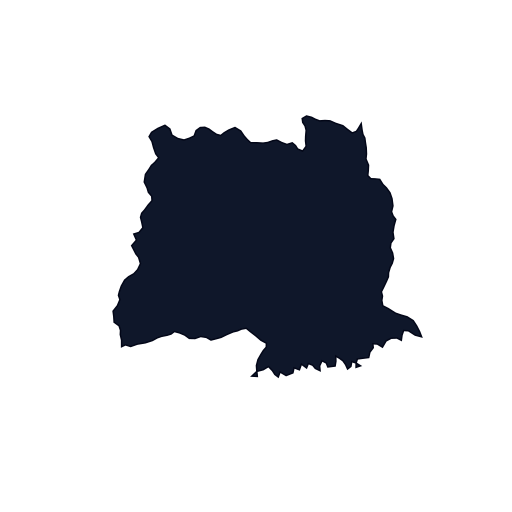 Serra da Saudade, Minas Gerais, Brazil, rotated 235°
{"feature_id": "56859067B39993306485596", "entity_name": "Serra da Saudade", "entity_type": "district", "adm_level": 2, "iso_a3": "BRA", "parent_name": "Brazil", "parent_adm1": "Minas Gerais", "projection": "albers", "projection_center": [-45.786, -19.377], "detail": "fine", "context": "isolated", "style": "filled", "palette": "ink", "viewbox_px": 512, "rotation_deg": 235, "n_neighbors": 0, "source": "geoboundaries", "source_scale": "gbopen_adm2", "svg_char_len": 2975}
<svg xmlns="http://www.w3.org/2000/svg" viewBox="0 0 512 512"><g transform="rotate(235 256 256)"><path d="M344.1,168.5L337.6,167.2L335.8,160.1L326.5,158.8L322.3,159.1L316.0,157.0L312.7,151.2L311.5,145.7L312.1,139.9L311.6,134.6L308.6,128.4L305.2,123.7L302.7,120.8L298.3,119.5L294.8,114.0L292.8,107.3L288.0,104.8L283.1,101.8L277.4,103.8L272.8,102.4L269.5,99.8L264.1,97.6L258.8,93.9L258.1,98.1L253.8,101.4L251.9,108.2L248.4,115.5L246.2,122.6L245.6,128.2L244.4,132.5L242.1,137.7L240.8,141.7L241.0,145.8L237.0,149.2L232.1,152.3L226.8,154.1L223.4,158.7L221.8,164.5L217.8,168.7L213.0,170.9L210.9,176.5L209.4,180.7L208.4,187.1L207.0,193.7L205.3,198.0L204.5,202.1L202.4,206.6L197.6,207.9L190.9,210.0L184.2,211.7L178.6,214.5L175.4,212.1L174.4,207.9L172.7,203.9L170.0,198.2L166.0,193.5L161.0,190.5L158.7,196.7L158.3,202.8L152.6,203.7L148.2,203.5L144.1,204.8L147.2,209.2L140.8,212.1L139.1,219.2L142.6,223.0L137.9,226.3L141.4,231.2L135.3,233.2L137.9,237.2L134.0,239.8L129.9,240.1L125.3,242.7L129.5,245.1L132.3,250.0L128.0,252.2L123.9,251.2L120.5,257.7L124.0,261.1L128.3,263.9L124.4,265.7L120.3,267.1L115.7,267.1L110.9,266.2L111.1,270.4L114.6,273.9L110.9,276.6L113.5,280.0L110.7,285.4L108.2,290.1L111.9,294.1L113.6,299.4L117.1,301.4L114.3,304.9L108.8,307.3L111.8,313.8L111.1,319.6L108.0,324.4L103.6,326.7L107.4,330.2L110.3,334.2L107.3,338.0L99.9,341.0L94.8,345.3L100.1,346.6L106.6,347.5L112.8,347.7L119.5,344.9L124.7,340.7L129.1,337.5L132.9,335.9L137.0,334.2L142.5,331.3L147.5,333.6L150.6,336.6L154.8,338.2L157.3,342.8L160.6,348.6L163.0,352.5L166.3,355.0L169.8,359.4L171.9,363.4L175.0,367.2L180.1,369.6L185.7,370.7L189.3,374.0L191.1,378.9L196.9,381.8L201.8,386.6L205.8,391.5L210.2,391.3L214.5,392.4L218.5,396.9L225.0,400.3L230.9,402.0L237.0,401.9L241.8,401.0L247.8,401.3L250.9,397.7L253.4,394.4L257.8,393.7L261.5,396.9L265.9,400.3L272.4,401.7L276.2,405.0L281.5,408.4L286.8,411.0L290.2,412.8L294.2,413.3L298.1,415.0L304.1,418.1L302.0,413.5L300.5,409.7L301.6,405.4L307.3,403.5L312.9,401.9L319.0,397.3L324.3,394.1L327.4,390.2L330.2,385.6L334.2,382.9L337.7,381.1L341.7,377.7L342.1,372.7L338.6,370.9L334.4,370.8L330.2,369.2L325.4,365.2L321.9,362.6L317.1,360.0L315.2,354.4L319.8,351.5L323.8,351.7L327.9,350.6L329.6,345.3L334.2,342.1L339.2,339.5L340.9,335.5L342.2,330.8L344.4,326.5L348.0,322.0L351.8,316.6L356.4,315.6L361.2,315.1L367.2,315.2L373.3,312.5L374.8,306.0L375.2,300.5L374.9,296.3L378.3,293.4L382.9,291.6L386.9,290.3L390.8,287.9L393.2,284.0L393.1,278.9L389.8,274.2L390.7,268.9L392.3,263.6L397.1,259.3L403.2,256.5L409.5,258.3L415.3,256.4L416.8,248.8L417.2,241.4L415.1,236.9L409.5,236.5L403.5,234.3L397.2,232.5L392.3,232.7L390.7,226.8L390.2,222.3L388.4,218.1L386.3,212.3L380.7,206.9L374.3,205.9L369.9,204.4L364.8,204.9L361.0,202.6L359.6,196.9L357.6,191.1L356.6,186.9L353.9,183.6L349.7,182.0L344.1,179.6L342.4,173.6L344.1,168.5ZM160.0,183.7L156.6,188.0L161.0,190.5L160.0,183.7ZM110.9,276.6L107.4,274.1L106.1,278.6L110.9,276.6Z" fill="#0f172a" stroke="#020617" stroke-width="1.5"/></g></svg>